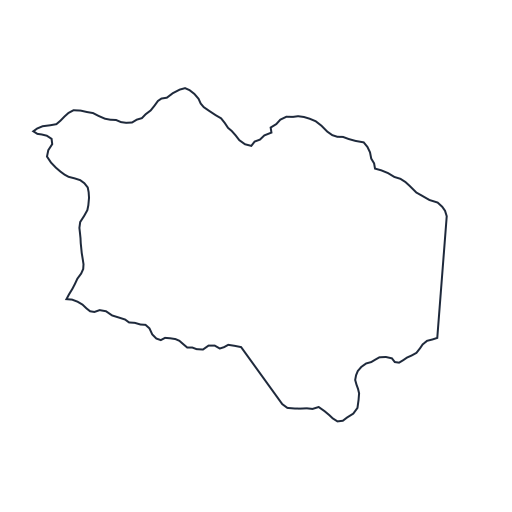 Patis, Minas Gerais, Brazil, rotated 349°
{"feature_id": "56859067B88013883399000", "entity_name": "Patis", "entity_type": "district", "adm_level": 2, "iso_a3": "BRA", "parent_name": "Brazil", "parent_adm1": "Minas Gerais", "projection": "orthographic", "projection_center": [-44.124, -16.088], "detail": "fine", "context": "isolated", "style": "outline", "palette": "slate", "viewbox_px": 512, "rotation_deg": 349, "n_neighbors": 0, "source": "geoboundaries", "source_scale": "gbopen_adm2", "svg_char_len": 2457}
<svg xmlns="http://www.w3.org/2000/svg" viewBox="0 0 512 512"><g transform="rotate(349 256 256)"><path d="M61.7,262.2L67.1,263.7L72.1,266.8L76.4,270.6L79.6,275.1L82.6,278.6L86.7,280.1L92.2,279.3L98.2,281.6L103.4,286.9L110.3,290.6L115.4,293.4L118.7,297.0L124.3,298.5L129.5,301.2L134.4,302.5L137.6,306.7L139.2,313.2L142.4,318.0L146.5,320.4L151.1,319.0L156.1,320.4L161.1,322.2L164.6,324.6L167.8,328.7L171.0,332.7L176.0,333.7L179.9,336.1L186.1,337.7L192.3,334.9L198.4,336.1L202.8,339.9L207.2,339.4L211.8,337.9L217.9,340.1L224.0,342.6L253.5,406.4L257.8,411.1L264.9,413.1L270.6,414.3L276.8,415.2L282.3,416.9L288.7,416.2L293.7,421.4L297.6,426.2L300.3,430.0L304.4,433.9L309.8,434.3L314.6,431.9L321.4,429.3L326.6,424.5L329.2,416.9L331.0,410.5L330.8,405.9L330.1,401.5L329.7,396.6L331.5,392.1L334.0,388.3L338.3,384.9L343.6,382.5L348.9,382.1L353.3,380.5L357.8,379.0L364.2,379.9L369.9,382.4L372.0,386.6L376.1,388.0L380.5,386.4L384.9,384.5L389.7,383.4L395.0,381.7L399.5,377.8L402.7,374.6L407.7,371.9L413.3,371.6L418.3,371.0L450.8,253.4L450.2,247.7L448.2,243.2L444.5,238.2L436.9,234.1L430.8,228.8L425.5,224.3L422.6,220.0L420.0,216.2L416.8,211.9L412.5,207.8L406.9,204.8L401.4,199.8L395.3,195.8L389.5,192.9L389.6,187.6L387.7,182.4L387.7,176.0L386.2,170.2L383.4,165.0L375.6,162.0L369.2,158.8L364.1,155.7L358.6,154.5L353.9,151.9L349.7,147.5L345.1,140.6L340.3,135.1L334.9,131.5L329.6,128.7L324.0,126.8L318.8,126.5L312.4,125.1L305.9,126.8L301.1,130.4L294.9,132.7L294.7,137.8L287.2,139.2L282.1,142.5L276.5,143.4L272.4,147.0L266.5,144.2L261.7,139.1L259.0,133.7L256.0,128.6L253.0,124.9L250.7,119.4L248.0,114.2L243.3,110.1L237.4,104.3L233.1,99.9L230.8,95.8L229.6,90.7L226.4,85.1L222.4,80.5L218.4,77.7L212.9,78.1L205.4,80.3L198.7,83.6L193.2,83.4L189.3,85.1L184.9,89.2L180.4,93.0L174.7,95.8L170.3,98.9L165.0,99.4L159.8,101.3L154.0,100.5L149.0,98.8L144.6,95.8L138.9,94.4L133.9,92.4L128.1,88.4L123.3,84.6L117.5,82.4L111.6,79.8L104.7,78.1L99.2,79.8L94.7,82.5L89.8,85.9L85.2,88.5L78.9,88.4L71.3,87.9L65.5,89.1L61.2,91.1L64.7,94.4L68.8,95.8L73.6,98.0L77.7,102.0L77.3,107.3L72.3,112.5L69.8,118.5L72.6,125.2L76.4,131.1L80.2,135.9L83.6,139.6L87.1,142.5L92.8,145.2L97.9,148.0L101.4,151.8L103.9,156.6L103.9,161.4L103.2,167.0L101.1,174.2L99.2,178.8L95.0,183.8L89.9,189.1L88.0,194.7L87.6,199.7L87.1,205.2L86.4,210.0L86.0,214.5L85.5,219.8L85.3,226.4L85.1,231.2L83.9,235.8L81.0,239.9L76.4,244.1L72.9,248.9L69.5,253.2L65.2,257.9L61.7,262.2Z" fill="none" stroke="#1e293b" stroke-width="2"/></g></svg>